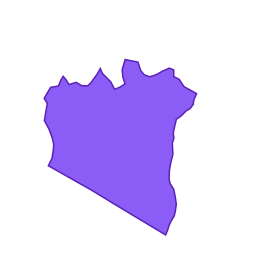 Flórida, Paraná, Brazil, rotated 121°
{"feature_id": "56859067B92669996369724", "entity_name": "Flórida", "entity_type": "district", "adm_level": 2, "iso_a3": "BRA", "parent_name": "Brazil", "parent_adm1": "Paraná", "projection": "albers", "projection_center": [-51.967, -23.105], "detail": "fine", "context": "isolated", "style": "filled", "palette": "violet", "viewbox_px": 256, "rotation_deg": 121, "n_neighbors": 0, "source": "geoboundaries", "source_scale": "gbopen_adm2", "svg_char_len": 993}
<svg xmlns="http://www.w3.org/2000/svg" viewBox="0 0 256 256"><g transform="rotate(121 128 128)"><path d="M201.4,176.8L200.1,127.5L200.2,109.6L200.3,102.8L200.3,70.4L200.3,56.7L200.3,40.7L195.2,41.4L191.0,42.5L185.4,43.1L179.4,43.1L175.1,44.5L168.5,47.3L162.6,52.1L156.9,57.3L154.1,63.0L150.9,66.3L142.9,70.7L136.2,73.3L127.3,76.0L118.3,82.1L112.9,83.5L109.5,86.3L105.5,87.9L95.7,91.0L90.0,88.6L83.2,86.9L79.5,84.8L74.4,84.2L70.0,86.0L63.2,86.9L63.7,101.4L59.9,109.2L60.4,115.2L54.6,118.8L55.4,123.4L61.2,127.5L67.9,131.4L72.9,135.7L74.0,141.6L72.2,146.7L66.4,153.4L70.8,165.7L81.1,163.0L87.1,158.5L91.7,153.3L96.9,155.8L101.7,159.4L97.3,166.6L94.4,178.0L91.3,182.4L97.6,182.2L108.2,183.1L112.6,184.3L115.6,189.6L115.6,195.9L121.1,201.0L118.6,205.8L117.1,210.2L121.8,210.2L127.8,209.3L133.1,215.3L139.7,215.2L145.8,215.1L148.5,209.8L155.9,207.0L164.7,203.5L169.6,195.2L175.8,187.5L180.5,183.1L184.6,181.0L192.9,177.6L201.4,176.8Z" fill="#8b5cf6" stroke="#5b21b6" stroke-width="1.5"/></g></svg>